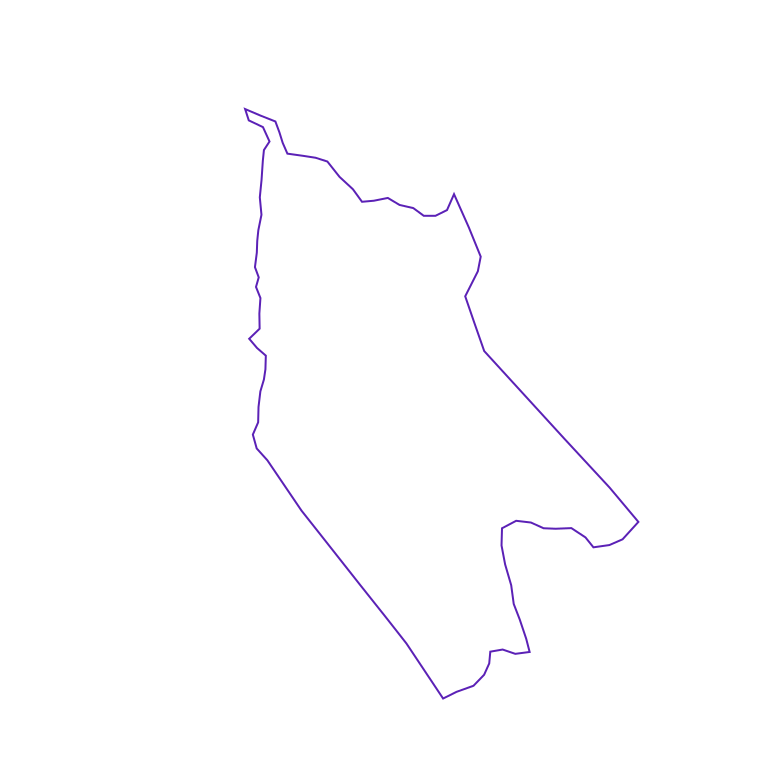 outline of Mendes, Rio de Janeiro, Brazil, rotated 134°
{"feature_id": "56859067B47602698199945", "entity_name": "Mendes", "entity_type": "district", "adm_level": 2, "iso_a3": "BRA", "parent_name": "Brazil", "parent_adm1": "Rio de Janeiro", "projection": "robinson", "projection_center": [-43.745, -22.531], "detail": "fine", "context": "isolated", "style": "outline", "palette": "violet", "viewbox_px": 768, "rotation_deg": 134, "n_neighbors": 0, "source": "geoboundaries", "source_scale": "gbopen_adm2", "svg_char_len": 1245}
<svg xmlns="http://www.w3.org/2000/svg" viewBox="0 0 768 768"><g transform="rotate(134 384 384)"><path d="M198.8,465.5L215.1,459.5L227.2,463.8L235.4,472.3L237.1,485.1L244.4,497.2L247.5,510.5L259.2,518.6L268.2,526.4L265.5,541.6L265.9,559.9L263.3,579.3L268.8,590.4L276.0,600.6L285.4,613.5L280.9,624.4L275.6,634.1L270.6,644.5L276.6,659.0L282.7,674.9L288.3,664.4L283.3,649.5L289.1,634.8L299.1,632.9L307.5,626.3L322.2,613.9L336.0,603.0L347.4,589.7L360.7,581.2L369.1,574.6L377.9,566.7L389.6,558.0L394.3,548.2L403.1,543.5L408.0,532.6L419.9,522.6L430.6,511.9L445.1,512.4L446.3,500.3L445.7,488.7L455.8,479.5L464.2,473.5L475.2,467.8L487.7,458.3L499.0,447.9L511.5,443.2L518.8,430.8L519.9,414.9L532.4,355.4L536.0,328.6L545.1,261.7L550.4,221.4L553.5,198.9L555.1,187.5L569.2,123.0L555.1,118.0L538.9,110.0L523.6,110.0L511.9,114.2L502.7,121.6L492.6,114.2L486.9,102.1L475.6,93.1L468.5,104.7L459.1,122.8L452.1,137.9L440.4,152.7L429.6,171.6L418.5,187.3L405.8,198.9L390.6,193.9L381.6,182.1L376.9,169.0L368.9,160.0L357.5,149.1L354.4,132.5L356.0,119.9L343.3,110.0L330.0,104.5L306.5,105.2L301.8,149.8L298.1,216.0L290.7,334.8L277.2,361.6L264.5,386.5L249.3,391.2L237.7,394.8L225.2,402.9L212.5,431.6L198.8,465.5Z" fill="none" stroke="#5b21b6" stroke-width="2"/></g></svg>